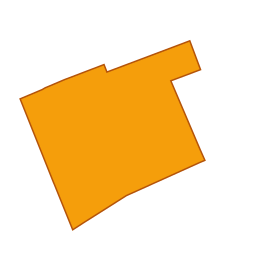 Knox, Ohio, United States of America (Equal Earth projection), rotated 156°
{"feature_id": "52423323B4232054148696", "entity_name": "Knox", "entity_type": "district", "adm_level": 2, "iso_a3": "USA", "parent_name": "United States of America", "parent_adm1": "Ohio", "projection": "equal_earth", "projection_center": [-82.438, 40.406], "detail": "fine", "context": "isolated", "style": "filled", "palette": "amber", "viewbox_px": 256, "rotation_deg": 156, "n_neighbors": 0, "source": "geoboundaries", "source_scale": "gbopen_adm2", "svg_char_len": 385}
<svg xmlns="http://www.w3.org/2000/svg" viewBox="0 0 256 256"><g transform="rotate(156 128 128)"><path d="M38.0,151.8L36.1,182.5L124.5,187.7L124.1,195.7L166.3,198.0L187.3,198.4L190.8,198.0L214.7,198.5L218.2,108.3L218.2,106.8L219.9,57.5L206.7,59.6L169.2,65.1L157.0,66.9L77.1,67.3L70.9,67.2L70.9,79.0L69.7,153.7L38.0,151.8Z" fill="#f59e0b" stroke="#b45309" stroke-width="1.5"/></g></svg>